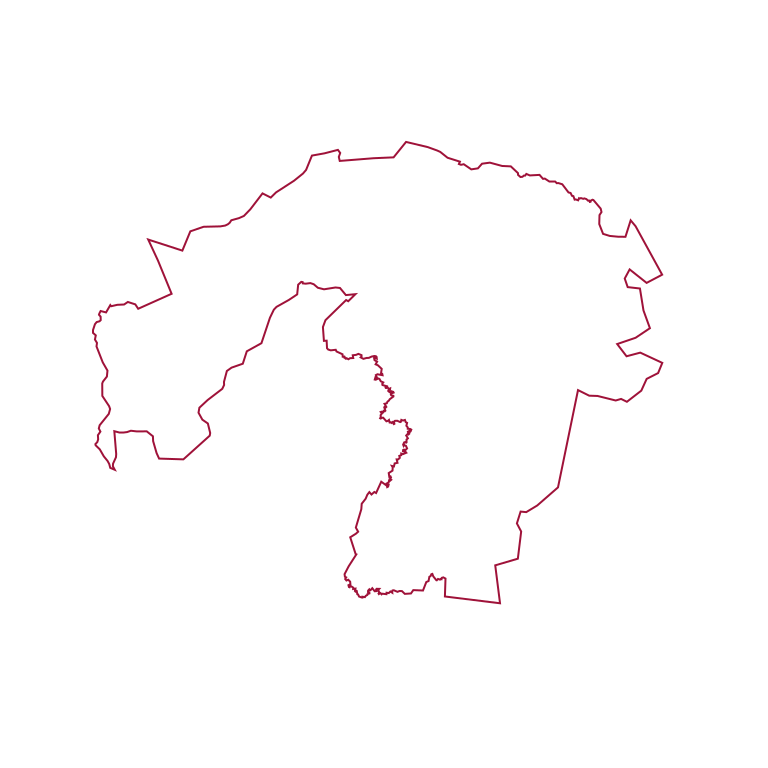 outline of Naukšēnu pag., Nauksenu, Latvia, rotated 78°
{"feature_id": "27541924B92408320132351", "entity_name": "Naukšēnu pag.", "entity_type": "district", "adm_level": 2, "iso_a3": "LVA", "parent_name": "Latvia", "parent_adm1": "Nauksenu", "projection": "mercator", "projection_center": [25.545, 57.88], "detail": "fine", "context": "isolated", "style": "outline", "palette": "rose", "viewbox_px": 768, "rotation_deg": 78, "n_neighbors": 0, "source": "geoboundaries", "source_scale": "gbopen_adm2", "svg_char_len": 6164}
<svg xmlns="http://www.w3.org/2000/svg" viewBox="0 0 768 768"><g transform="rotate(78 384 384)"><path d="M622.6,316.1L584.5,312.9L582.7,289.4L556.8,280.5L548.0,283.0L537.2,276.9L538.9,271.5L534.7,259.4L521.3,235.3L430.3,195.5L438.1,185.7L440.1,177.6L448.3,160.8L447.9,155.2L451.9,150.1L444.0,133.7L433.6,126.0L430.3,113.6L421.2,107.4L406.6,126.8L407.3,141.0L393.4,147.6L391.1,128.3L384.7,112.3L366.0,114.9L343.8,113.8L339.9,125.5L330.9,126.6L323.0,119.9L339.7,106.1L334.9,89.2L282.0,105.1L275.2,108.7L290.2,117.2L288.7,124.1L286.1,132.4L282.7,138.5L272.3,140.2L263.6,138.1L261.0,135.5L257.5,135.6L247.6,140.9L247.1,141.8L247.6,143.5L248.7,144.1L248.7,144.8L247.5,144.9L247.1,145.3L247.2,146.2L245.2,147.6L244.1,149.5L244.3,150.6L243.1,152.7L243.3,154.0L242.8,154.6L244.7,155.9L243.3,158.1L243.3,159.2L239.6,159.7L239.0,161.0L235.9,161.8L235.0,163.7L225.7,168.1L223.7,171.7L223.5,173.3L221.6,174.4L220.3,180.2L216.5,184.0L216.4,185.8L211.8,188.4L210.3,198.0L208.1,201.1L209.5,202.6L209.2,203.8L210.1,205.5L209.9,207.5L207.3,209.4L205.6,209.1L197.5,214.7L195.3,223.1L189.5,234.4L188.9,242.3L192.6,247.3L192.2,254.0L185.6,260.3L185.6,263.1L184.4,265.0L182.3,263.5L175.9,274.8L168.7,280.7L166.7,283.4L161.4,291.9L151.8,312.1L164.3,327.5L161.0,347.2L156.6,380.9L152.5,381.0L148.9,378.8L145.4,380.4L146.0,394.2L145.6,407.0L158.4,415.7L161.3,419.5L166.5,429.8L174.1,449.7L178.1,456.0L172.3,463.2L185.3,478.4L190.5,486.1L191.6,491.4L192.1,499.3L194.2,501.4L195.3,503.5L196.0,506.4L195.8,511.3L192.7,527.8L194.4,541.7L211.6,553.5L193.7,584.6L216.4,579.4L251.6,573.0L259.3,608.8L254.4,610.7L250.5,617.5L252.2,621.7L251.1,628.4L251.2,634.7L249.9,635.3L256.2,641.0L253.7,646.0L255.9,647.8L257.0,648.4L259.2,647.2L262.6,647.8L263.5,649.2L263.7,652.2L265.4,654.3L270.7,657.4L273.5,658.0L276.5,655.8L280.4,657.5L284.1,656.2L287.5,657.4L304.4,654.6L313.4,651.7L319.1,653.5L323.2,658.4L324.9,659.5L337.1,662.0L348.5,657.5L351.5,657.1L356.0,659.4L365.2,670.7L368.2,672.2L371.6,671.3L374.6,674.5L378.7,675.1L381.2,676.5L382.8,678.8L384.0,678.8L388.8,675.6L396.5,673.1L401.8,670.4L405.1,669.4L409.1,669.2L411.9,665.2L408.1,666.3L405.6,665.6L399.9,661.4L396.8,660.5L374.1,657.6L376.5,652.8L377.3,649.0L377.6,645.3L377.1,641.3L378.9,635.9L381.0,625.9L387.1,620.9L391.9,621.7L404.3,620.8L410.2,619.5L416.0,595.9L398.3,565.2L395.8,564.2L386.0,564.5L381.1,569.1L373.5,571.4L368.8,569.5L363.0,559.8L355.1,543.2L351.7,540.6L348.7,540.1L338.6,535.0L336.3,529.7L334.8,517.9L323.5,511.4L318.6,495.4L295.5,481.8L288.4,476.3L286.2,473.1L282.0,459.6L278.3,450.3L269.0,447.3L266.9,443.7L267.4,442.4L268.7,442.5L269.6,439.7L270.0,435.0L271.8,432.0L276.1,428.7L278.9,423.0L279.5,411.4L280.9,407.1L289.1,402.8L290.2,393.3L295.6,401.8L294.0,403.6L309.4,428.0L315.6,431.9L329.3,433.8L329.7,431.1L337.2,432.3L338.7,431.4L340.0,429.1L340.5,424.1L342.3,423.7L346.3,418.4L348.7,418.7L348.9,417.6L349.6,417.4L349.3,416.9L350.9,416.5L351.4,416.0L351.0,415.2L352.4,413.7L351.7,411.8L352.2,408.7L349.4,408.6L349.7,405.2L349.2,402.8L351.1,400.0L352.3,400.2L353.1,401.3L355.1,398.9L354.9,395.6L355.3,393.4L354.6,390.5L354.6,387.7L355.1,386.2L356.0,385.6L357.7,385.8L355.9,388.1L356.6,388.3L358.7,388.3L360.7,386.1L363.0,388.1L364.4,386.1L368.7,383.1L372.7,384.6L373.7,383.6L375.1,383.6L373.1,388.4L373.6,390.1L376.7,389.5L376.7,390.5L375.9,391.1L377.7,392.1L378.1,391.2L377.4,388.4L378.1,387.4L380.7,386.6L382.3,384.4L383.5,385.7L384.7,385.7L386.6,382.0L387.5,383.2L388.2,383.1L388.4,382.4L387.9,381.2L389.9,380.4L389.6,378.9L390.7,379.3L391.2,381.1L391.7,381.3L393.2,380.2L393.3,379.7L392.9,379.2L393.6,378.8L392.7,378.1L393.6,376.6L394.4,376.4L394.8,379.1L395.4,379.5L396.5,379.3L397.5,377.3L398.2,377.4L400.1,381.6L401.2,382.6L402.0,384.3L403.4,385.2L403.5,387.6L406.9,386.5L407.4,387.3L406.5,388.1L406.8,388.6L410.4,388.2L410.9,389.0L410.2,390.0L411.5,390.8L410.6,392.1L410.7,393.0L412.4,392.2L413.8,393.8L415.6,394.0L416.7,394.9L417.1,394.4L416.6,392.8L416.8,391.8L421.0,389.4L420.9,387.9L420.2,386.6L422.8,386.5L422.8,385.5L423.6,384.9L423.0,383.8L425.3,382.7L425.1,382.1L422.9,382.1L422.3,381.0L422.7,378.7L424.6,376.1L424.5,375.4L422.7,374.5L423.7,373.0L423.5,371.0L425.8,370.7L426.8,369.5L429.5,370.8L431.4,369.8L432.7,370.1L433.4,367.8L434.3,366.8L435.5,367.6L435.0,368.4L435.6,370.5L436.2,370.4L436.0,369.4L436.7,369.1L437.1,370.4L438.0,369.8L438.5,370.6L437.9,371.4L439.0,373.0L442.1,371.9L443.0,373.5L445.8,374.1L446.0,374.6L445.2,375.2L445.3,376.4L447.3,377.9L448.4,377.7L447.3,376.9L448.5,376.5L449.0,375.4L451.8,374.8L453.1,376.8L452.3,378.1L452.5,379.0L453.7,379.4L454.9,377.0L455.9,376.5L456.5,379.9L455.6,381.6L457.2,381.9L457.5,384.0L459.5,383.9L460.7,385.8L460.4,387.3L463.9,387.2L463.9,390.1L466.7,391.4L465.8,393.3L467.3,392.8L470.5,393.7L472.1,397.9L475.8,398.1L475.5,397.5L475.6,396.9L477.0,396.6L478.1,397.9L479.2,396.9L480.1,398.6L479.6,399.2L481.3,400.0L481.8,401.8L482.5,401.3L483.4,401.8L483.6,400.5L485.2,401.3L485.5,402.3L484.2,402.3L479.0,407.0L489.0,414.4L487.6,415.9L489.5,419.2L486.7,420.8L488.8,423.3L492.4,425.8L496.5,430.7L501.7,432.2L518.6,441.4L523.1,440.0L524.6,442.6L526.9,448.9L544.5,447.1L544.9,446.5L555.0,456.5L561.8,462.1L564.4,462.3L565.3,461.2L566.7,462.5L568.4,461.6L568.0,459.7L570.3,458.2L572.9,458.5L573.4,460.6L575.3,460.5L575.7,459.9L574.9,459.2L574.9,458.3L576.8,456.4L578.1,456.8L578.2,454.5L580.4,455.5L580.9,455.2L580.1,454.5L580.7,453.7L584.1,453.8L584.5,453.1L586.7,452.6L588.2,450.2L588.4,449.5L587.6,449.3L588.5,447.0L587.4,445.9L586.9,444.2L586.1,443.9L585.8,441.8L585.1,441.7L584.2,442.9L582.8,442.5L581.8,441.1L583.0,440.6L582.7,439.8L581.3,437.9L584.8,436.2L585.0,434.4L583.4,434.5L582.8,433.8L583.4,431.3L584.2,432.4L586.9,432.0L587.8,432.9L588.4,432.7L587.7,431.1L589.2,430.1L588.7,429.5L590.1,425.3L588.7,424.9L589.5,422.8L588.3,420.9L589.9,419.3L588.2,419.1L587.7,418.6L587.8,417.3L590.1,414.0L589.7,411.8L590.3,409.5L593.6,407.3L594.5,401.2L591.7,398.2L594.1,388.8L586.5,383.8L586.0,381.4L582.0,379.7L581.6,378.4L579.9,377.2L579.8,376.2L582.4,375.8L586.8,373.6L587.0,373.2L585.9,371.7L587.0,369.9L586.4,369.1L586.9,368.3L585.6,367.6L585.5,366.2L587.1,364.3L604.5,368.6L622.6,316.1Z" fill="none" stroke="#9f1239" stroke-width="2"/></g></svg>